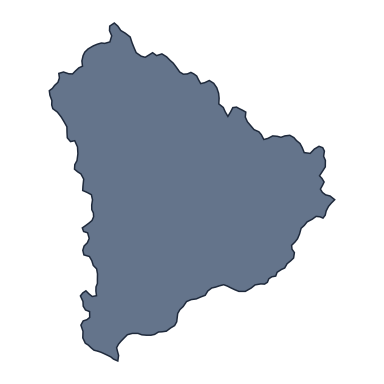 São Sebastião do Oeste, Minas Gerais, Brazil
{"feature_id": "56859067B21325416614515", "entity_name": "São Sebastião do Oeste", "entity_type": "district", "adm_level": 2, "iso_a3": "BRA", "parent_name": "Brazil", "parent_adm1": "Minas Gerais", "projection": "robinson", "projection_center": [-45.047, -20.253], "detail": "fine", "context": "isolated", "style": "filled", "palette": "slate", "viewbox_px": 384, "rotation_deg": 0, "n_neighbors": 0, "source": "geoboundaries", "source_scale": "gbopen_adm2", "svg_char_len": 2950}
<svg xmlns="http://www.w3.org/2000/svg" viewBox="0 0 384 384"><path d="M114.3,23.0L109.7,26.1L109.5,30.6L111.7,35.8L109.9,41.9L104.7,43.4L101.4,43.0L97.3,44.2L93.4,45.8L88.1,48.9L84.8,52.1L83.1,55.6L81.9,60.9L82.5,66.2L78.9,67.8L75.6,70.8L72.6,73.9L68.8,73.8L63.5,72.0L58.8,73.4L59.4,78.0L57.9,82.4L54.6,85.4L52.4,88.4L49.3,90.7L49.9,95.2L51.9,100.7L51.7,104.9L52.8,108.7L57.4,112.1L61.2,117.0L64.1,121.8L66.9,126.8L67.0,132.2L67.3,137.8L70.5,141.6L74.7,140.7L77.5,146.9L77.9,153.7L77.0,160.6L74.8,164.6L74.5,169.2L77.6,171.8L80.9,173.9L83.7,179.1L83.0,185.7L82.7,190.5L86.6,192.2L91.4,194.7L92.5,199.9L91.7,205.1L91.8,209.7L93.4,213.0L93.6,216.8L92.0,220.5L89.2,222.9L85.6,225.6L82.3,227.9L83.6,231.5L87.6,232.8L89.2,238.4L87.4,242.7L84.1,246.0L82.8,250.3L83.9,254.9L89.4,256.5L91.8,260.7L93.3,265.5L96.6,268.8L97.5,273.9L97.4,279.2L97.4,283.5L96.0,286.9L95.9,291.0L96.5,295.7L92.2,296.5L89.0,293.9L85.9,290.8L82.8,292.9L80.4,295.9L83.0,301.5L83.2,306.2L85.5,310.0L89.6,311.6L89.7,317.4L86.9,319.7L83.2,320.9L80.9,325.1L83.0,331.3L82.8,337.9L85.3,343.2L88.3,345.1L91.2,347.9L94.0,350.2L97.2,351.0L100.9,352.2L104.2,353.7L107.8,355.4L110.8,356.9L113.5,359.1L117.8,361.0L118.6,355.5L117.5,351.4L116.6,347.7L118.6,344.0L121.0,341.2L124.0,338.1L127.4,334.7L132.3,333.4L138.0,333.4L141.8,334.8L146.5,335.2L150.9,335.2L154.6,334.4L158.5,332.0L161.9,331.8L166.3,331.2L170.7,327.9L174.6,325.6L176.7,321.8L177.7,313.5L179.9,309.6L183.2,306.5L186.5,301.6L191.2,299.6L196.3,298.9L200.9,296.9L205.2,295.3L207.8,291.0L211.7,288.0L215.6,287.1L219.2,285.9L223.7,284.7L227.4,286.1L230.5,287.7L234.5,289.6L238.9,291.4L245.3,291.4L251.1,288.1L255.1,284.9L260.8,283.9L264.6,284.1L267.4,282.3L268.8,278.8L271.8,276.8L275.7,276.1L277.1,272.3L281.4,269.5L284.7,268.0L287.1,263.7L290.7,260.8L293.6,258.0L294.4,252.6L292.0,249.2L291.6,245.3L294.9,242.1L297.5,238.8L299.5,234.1L301.1,228.3L304.3,225.4L307.1,221.9L312.1,219.3L316.1,216.4L320.0,216.8L323.0,218.1L325.2,215.2L326.2,210.9L328.5,206.4L331.2,203.2L334.7,199.7L330.1,196.0L325.5,194.8L322.4,192.4L320.4,189.1L322.5,185.3L324.1,182.0L322.0,178.5L319.5,175.8L322.4,171.4L325.3,166.9L325.4,160.4L323.6,156.3L324.4,151.1L322.7,147.7L319.0,146.3L314.4,149.0L310.2,153.4L304.2,152.6L302.2,147.6L300.0,143.5L296.5,140.6L293.9,137.6L289.8,135.3L284.9,135.9L281.0,137.3L277.3,136.3L272.7,135.9L267.9,138.4L263.8,139.5L261.3,134.7L258.9,131.8L254.0,129.6L250.2,125.1L247.4,121.8L245.3,117.1L245.8,112.1L242.5,110.2L239.4,108.7L236.5,107.1L232.8,107.6L230.6,111.9L227.9,116.4L225.2,111.8L223.3,107.5L218.8,103.9L219.1,98.2L218.6,93.3L216.8,87.8L213.7,83.3L209.3,80.5L204.6,82.7L200.7,83.6L198.5,79.7L196.7,76.0L193.8,73.9L190.9,72.4L187.4,73.9L183.4,74.2L179.7,72.0L176.3,67.2L173.2,63.1L170.0,60.3L166.6,56.8L161.9,53.9L156.6,55.6L152.6,52.7L148.6,55.2L145.2,57.3L141.2,56.2L136.2,52.7L133.9,47.4L132.0,42.6L130.2,37.0L125.3,33.2L120.8,30.5L117.8,26.1L114.3,23.0Z" fill="#64748b" stroke="#1e293b" stroke-width="1.5"/></svg>